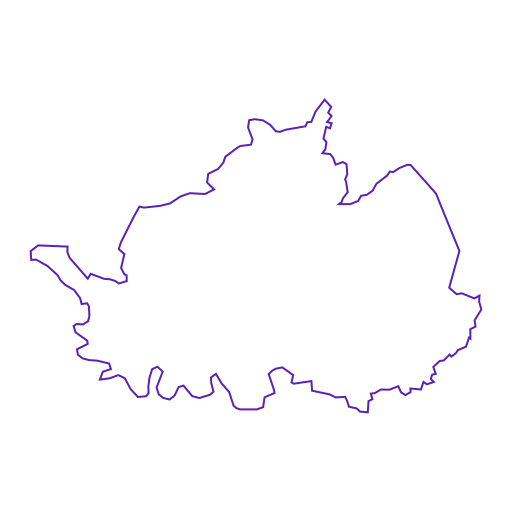 Cidra, Puerto Rico
{"feature_id": "32010507B88362750247815", "entity_name": "Cidra", "entity_type": "district", "adm_level": 2, "iso_a3": "PRI", "parent_name": "Puerto Rico", "parent_adm1": "", "projection": "albers", "projection_center": [-66.167, 18.181], "detail": "fine", "context": "isolated", "style": "outline", "palette": "violet", "viewbox_px": 512, "rotation_deg": 0, "n_neighbors": 0, "source": "geoboundaries", "source_scale": "gbopen_adm2", "svg_char_len": 2686}
<svg xmlns="http://www.w3.org/2000/svg" viewBox="0 0 512 512"><path d="M410.6,165.0L407.0,164.9L399.4,168.0L393.2,172.1L389.9,171.5L387.2,175.5L376.5,183.7L372.5,190.8L366.7,194.8L361.1,195.8L358.1,201.0L350.3,204.1L339.1,204.1L341.6,202.1L342.9,198.3L347.7,192.2L346.1,181.9L345.1,179.4L347.3,174.3L346.5,164.1L343.0,162.1L335.6,164.6L333.1,157.7L330.2,154.1L322.4,153.2L325.4,149.1L326.4,142.0L323.4,138.7L326.2,126.8L330.0,128.3L331.6,123.2L327.0,122.1L328.9,119.7L331.5,116.0L328.2,112.6L331.2,106.9L324.6,99.7L315.6,111.5L311.3,121.9L307.4,122.2L305.4,126.3L285.8,129.7L279.9,131.8L275.8,131.3L270.5,125.1L263.1,120.4L254.7,119.2L249.2,120.2L248.4,125.1L248.1,127.6L252.6,139.6L250.9,144.7L240.3,146.0L236.7,148.2L225.4,156.7L224.6,158.8L223.4,162.6L218.2,168.9L208.2,173.9L207.1,182.6L214.1,189.4L205.0,194.0L189.8,193.2L180.6,196.4L170.1,203.4L159.9,205.9L144.0,207.6L139.4,206.6L133.7,216.9L133.6,217.1L120.6,243.0L118.8,249.2L124.4,254.0L121.1,268.0L124.4,274.3L126.6,275.3L126.7,281.1L118.9,283.5L115.3,281.0L110.2,279.3L104.0,278.8L90.7,273.8L87.8,278.7L69.6,257.8L67.3,251.8L67.6,246.6L38.1,245.4L30.7,251.1L31.2,259.9L36.1,259.6L47.6,266.1L57.5,275.1L60.4,280.1L65.1,284.8L74.2,290.1L80.1,298.1L81.6,304.0L87.1,303.3L88.9,306.3L89.4,315.6L88.2,321.1L83.1,324.4L76.7,324.0L73.6,325.9L75.5,332.3L87.3,340.7L87.7,343.9L77.0,349.3L77.9,354.7L82.5,358.3L88.9,360.1L96.9,360.6L109.1,363.5L110.9,369.0L102.8,371.8L99.9,379.6L109.6,378.3L118.2,375.2L118.7,375.3L124.8,378.2L130.6,389.1L138.0,397.0L146.2,396.2L148.6,393.0L148.3,386.8L149.4,378.0L152.1,369.2L157.4,366.7L162.7,371.6L156.6,387.5L158.7,394.3L163.2,397.9L169.5,399.5L173.8,396.3L174.9,394.9L178.6,387.1L183.5,385.6L192.3,396.2L199.4,398.0L209.9,394.8L213.5,391.7L211.2,382.9L211.0,377.5L215.9,373.9L221.6,383.4L229.2,392.1L233.6,405.7L236.3,408.1L240.0,409.4L256.2,409.4L256.7,409.4L263.1,407.2L264.6,397.3L274.5,393.0L274.0,389.9L268.7,374.1L272.3,370.6L275.8,368.7L282.3,367.4L293.2,375.1L291.5,382.4L293.7,383.7L311.4,381.1L312.1,390.7L329.7,394.4L335.6,397.4L345.2,396.9L347.2,401.1L348.9,406.7L356.7,408.4L360.1,411.6L367.8,412.3L368.5,401.1L372.4,399.2L370.8,393.6L374.8,393.1L381.0,389.5L389.4,389.7L398.3,386.2L401.0,392.3L405.4,395.1L409.8,392.6L410.6,392.0L410.4,388.5L420.9,389.5L423.5,381.9L426.9,384.3L433.8,382.0L430.8,379.0L432.1,374.7L435.7,373.9L433.3,367.0L439.8,360.9L443.8,360.5L449.5,354.6L451.4,356.6L455.9,353.1L457.9,350.1L466.0,346.7L469.0,337.6L470.4,338.6L470.3,329.2L475.5,326.6L474.6,320.4L481.3,309.5L479.1,301.4L479.5,295.6L474.3,298.4L461.8,293.3L456.6,294.2L449.2,287.7L459.4,250.9L443.8,212.9L436.1,193.8L433.8,191.0L410.6,165.0Z" fill="none" stroke="#5b21b6" stroke-width="2"/></svg>